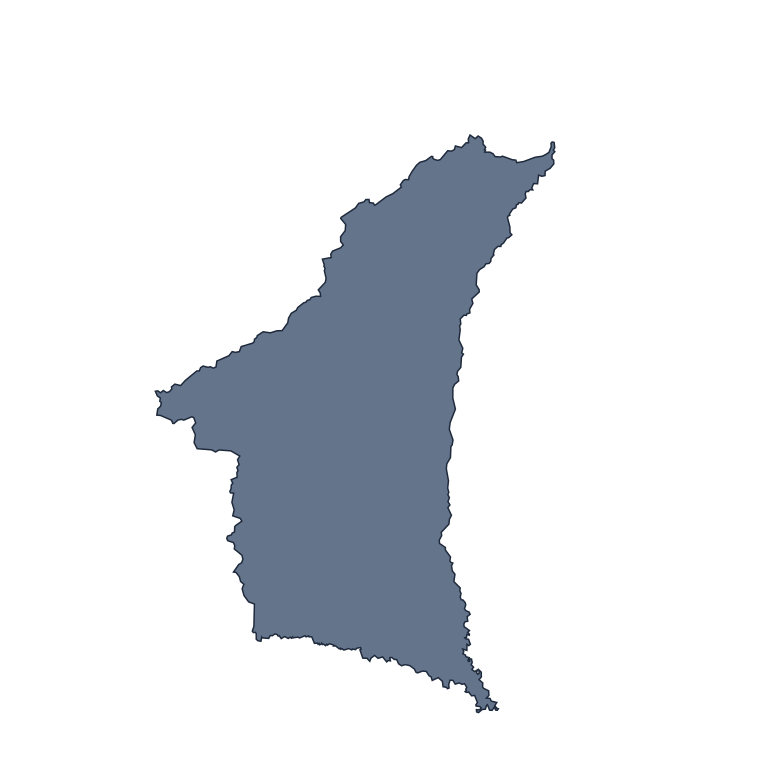 Uribe, Meta, Colombia (Mercator projection), rotated 19°
{"feature_id": "7082276B13422583014597", "entity_name": "Uribe", "entity_type": "district", "adm_level": 2, "iso_a3": "COL", "parent_name": "Colombia", "parent_adm1": "Meta", "projection": "mercator", "projection_center": [-74.312, 3.147], "detail": "fine", "context": "isolated", "style": "filled", "palette": "slate", "viewbox_px": 768, "rotation_deg": 19, "n_neighbors": 0, "source": "geoboundaries", "source_scale": "gbopen_adm2", "svg_char_len": 6170}
<svg xmlns="http://www.w3.org/2000/svg" viewBox="0 0 768 768"><g transform="rotate(19 384 384)"><path d="M170.2,465.3L173.6,469.1L177.1,470.1L177.6,473.3L179.5,474.1L180.0,477.7L178.2,481.2L179.3,487.4L183.0,486.5L193.5,487.3L194.9,487.5L197.1,490.0L198.3,489.7L200.9,485.2L203.9,483.4L206.5,483.3L212.9,477.6L215.0,477.7L218.6,482.1L216.7,487.6L222.2,493.5L223.5,501.2L228.4,506.0L242.4,502.4L246.9,503.1L249.5,500.1L260.9,497.1L271.1,499.1L270.2,503.4L273.2,507.3L272.0,510.7L274.2,513.6L273.7,515.5L275.5,520.0L270.6,524.2L273.3,527.1L272.5,529.3L273.5,532.7L273.2,535.7L274.3,536.9L277.4,536.2L278.7,545.4L283.3,551.7L283.9,557.9L291.9,557.9L294.2,560.0L289.9,566.0L289.3,567.5L290.8,572.6L289.0,574.3L288.8,576.3L285.6,578.8L285.6,581.2L287.2,583.0L293.3,583.0L295.6,585.5L296.1,588.7L305.5,592.2L307.6,595.7L307.6,599.3L305.4,602.0L302.9,610.8L305.6,610.4L310.0,613.4L312.8,617.5L316.7,618.9L316.5,623.7L320.5,629.6L327.0,634.1L333.1,634.2L339.9,655.5L339.9,660.5L341.4,661.6L343.1,660.7L344.4,661.5L346.3,666.9L348.3,667.8L351.4,667.3L350.8,663.1L351.6,663.7L357.8,662.1L358.4,658.8L360.5,658.3L362.1,655.9L364.5,655.6L365.9,656.8L367.0,656.2L369.7,658.2L372.4,655.1L376.3,655.8L377.8,653.9L379.2,654.5L379.9,653.0L380.3,653.8L384.9,651.4L386.9,651.6L391.3,647.7L392.5,648.5L394.9,646.7L395.5,647.5L398.0,646.6L402.7,651.9L405.4,650.7L406.3,651.5L407.0,650.4L407.9,651.6L409.3,650.6L409.5,649.2L410.9,650.3L411.8,649.7L414.1,650.4L414.6,648.7L415.6,649.2L417.1,647.3L421.6,647.2L421.5,648.2L423.5,647.4L427.9,649.0L428.8,648.0L429.6,648.9L430.4,648.0L432.7,648.6L436.9,645.6L440.1,645.9L440.7,644.7L443.5,644.5L444.4,642.6L447.6,640.8L448.7,642.3L447.8,643.2L453.2,650.1L457.2,648.9L460.8,650.8L461.0,647.3L463.5,643.7L467.7,645.3L471.6,642.5L477.0,645.9L478.0,644.1L480.2,643.7L478.6,640.9L480.4,640.0L483.3,641.1L485.7,640.4L488.9,643.8L492.3,644.7L495.4,642.4L500.1,641.9L505.5,643.6L508.2,646.2L509.9,646.2L513.9,642.9L517.6,642.0L521.4,645.1L523.9,645.6L526.1,648.6L530.9,644.0L536.0,646.1L538.4,651.0L541.7,650.5L543.2,651.4L544.5,650.3L543.0,647.0L542.9,642.5L545.8,641.8L549.0,644.6L552.6,642.1L555.4,642.6L557.7,641.2L561.0,643.8L560.7,646.0L561.6,647.1L560.8,648.4L562.3,648.8L564.3,647.7L568.3,650.3L571.1,649.0L576.1,654.8L575.3,657.4L575.9,658.5L579.7,657.8L581.3,658.6L580.6,660.8L577.4,661.8L578.3,663.9L580.4,663.9L582.7,659.9L585.8,658.4L585.5,654.9L586.2,653.6L590.1,658.1L592.5,657.3L593.5,653.6L595.8,656.0L597.4,655.6L597.8,653.8L596.2,653.9L593.5,652.0L594.3,648.4L588.6,648.9L586.7,646.8L583.1,647.6L584.6,644.3L582.8,640.0L577.2,639.3L575.9,638.4L574.7,634.5L570.1,632.6L571.4,629.3L569.8,624.8L566.8,623.4L568.2,626.7L567.2,628.0L565.6,627.0L565.4,623.9L563.4,626.4L560.0,625.3L560.9,622.6L557.8,621.0L558.1,618.7L556.3,615.6L554.7,615.8L555.1,618.3L554.2,618.8L553.3,618.0L553.6,615.0L550.4,615.2L549.1,613.7L546.4,613.4L546.6,611.2L544.8,609.0L549.1,608.9L547.2,603.2L549.3,603.8L550.4,602.0L547.0,597.8L544.4,598.4L543.0,597.6L544.5,596.7L543.9,593.7L546.4,593.8L546.2,592.7L544.0,591.6L545.1,589.3L538.8,587.4L537.6,584.8L538.1,582.3L540.4,581.1L538.4,576.9L540.4,573.7L538.7,571.9L535.3,571.7L533.3,570.4L533.2,566.2L531.9,564.2L529.0,562.5L527.3,562.9L525.5,560.8L525.0,556.9L523.1,555.0L522.4,552.0L514.4,548.1L513.0,540.7L509.5,538.5L507.0,533.9L507.4,530.9L505.2,530.8L503.8,529.6L503.2,525.9L496.0,520.9L495.3,518.6L488.4,516.7L487.1,513.6L487.9,508.6L486.4,505.6L491.0,495.4L489.9,490.7L490.5,486.2L484.6,480.1L485.7,476.9L482.8,474.4L482.8,470.1L480.5,468.0L480.5,465.3L478.1,461.7L476.5,454.6L470.5,443.8L469.4,439.0L470.8,432.0L467.6,421.3L468.3,419.5L467.5,414.5L460.5,405.6L459.1,399.0L459.7,384.5L453.7,375.0L450.4,365.4L450.8,361.5L453.6,356.8L451.8,352.9L449.8,351.2L449.4,348.0L451.2,343.3L448.5,333.4L449.4,329.9L447.3,329.3L446.9,324.6L440.5,318.0L438.4,307.9L436.6,304.5L437.1,302.3L434.9,297.7L437.1,293.0L439.5,292.3L439.5,290.8L442.1,288.8L440.6,285.4L441.8,278.9L439.3,275.0L444.1,266.0L443.2,263.8L438.9,260.3L435.8,249.0L437.2,244.6L440.6,240.3L441.0,237.4L444.1,235.7L445.0,233.4L444.3,230.4L445.9,226.2L445.1,225.6L444.7,220.8L446.9,216.8L449.7,215.9L449.4,214.3L451.2,211.6L452.7,205.9L454.2,205.1L456.3,201.3L453.9,199.9L451.9,194.5L446.6,186.5L446.4,185.1L448.1,183.5L447.2,182.5L448.7,176.8L451.3,174.4L450.9,171.3L452.2,170.5L452.4,168.7L455.1,168.1L457.7,161.9L455.6,158.2L455.7,155.7L457.8,155.0L458.7,152.8L461.5,152.0L459.9,150.5L460.2,145.8L464.0,144.7L462.2,136.2L465.7,136.2L468.4,134.5L467.1,130.3L470.9,125.9L472.9,120.6L471.5,117.1L469.4,116.2L468.3,112.5L469.9,108.7L468.0,107.8L468.5,105.0L466.2,100.2L464.2,100.4L463.5,102.0L464.8,105.0L464.6,111.1L462.6,113.9L459.5,117.1L453.1,120.4L443.6,128.2L437.5,131.5L435.8,129.4L432.2,130.2L421.9,130.0L420.2,131.5L414.9,132.8L412.2,130.8L408.7,130.3L403.7,132.0L403.8,129.8L402.7,129.8L403.1,127.0L399.5,124.9L398.7,122.1L396.1,119.8L392.2,118.9L390.4,122.3L384.3,120.6L383.9,124.8L385.4,128.4L383.1,129.2L380.4,135.2L374.0,135.7L374.3,139.4L371.9,141.9L368.3,142.7L364.2,153.4L362.2,155.0L358.8,155.3L356.7,154.7L356.0,153.1L354.8,153.3L350.7,159.2L345.7,162.7L343.5,166.6L341.4,173.8L340.2,179.7L340.7,182.8L337.4,183.8L336.0,185.4L334.6,190.4L336.3,192.2L330.4,201.1L325.1,206.4L317.5,217.7L316.6,217.9L315.1,216.4L311.2,217.2L309.7,214.4L306.8,215.5L305.8,218.3L301.3,221.4L299.6,226.9L289.2,240.4L289.2,241.6L295.8,245.6L297.4,251.6L295.0,258.9L296.7,263.5L300.2,265.7L298.7,269.3L292.1,275.1L291.4,278.5L292.9,281.6L285.1,286.0L288.7,290.8L288.9,292.4L290.6,293.7L290.7,296.3L294.8,302.8L295.4,307.0L291.2,316.4L294.1,318.7L295.5,321.8L291.0,323.2L287.0,325.9L286.5,328.4L284.2,329.9L283.5,332.1L281.6,333.4L277.6,339.6L277.1,342.8L273.3,347.3L272.3,352.8L273.1,357.5L270.3,366.7L265.5,368.5L259.9,372.6L252.7,374.0L248.4,379.5L248.6,381.3L247.0,383.8L247.5,386.4L246.4,388.2L236.8,395.1L236.7,400.5L233.1,402.5L229.9,402.8L228.2,407.7L218.5,416.7L219.6,422.6L217.4,424.6L214.1,424.2L212.3,425.5L207.1,425.9L205.3,428.2L205.1,431.7L202.7,432.7L195.1,445.1L192.2,451.7L186.3,452.2L184.0,456.0L185.0,457.8L183.6,461.1L181.3,462.9L177.5,462.0L175.5,465.1L172.4,464.1L170.2,465.3Z" fill="#64748b" stroke="#1e293b" stroke-width="1.5"/></g></svg>